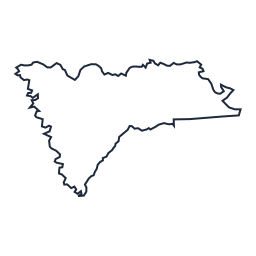 Arvorezinha, Rio Grande do Sul, Brazil (Albers equal-area conic projection)
{"feature_id": "56859067B39750308263867", "entity_name": "Arvorezinha", "entity_type": "district", "adm_level": 2, "iso_a3": "BRA", "parent_name": "Brazil", "parent_adm1": "Rio Grande do Sul", "projection": "albers", "projection_center": [-52.195, -28.889], "detail": "fine", "context": "isolated", "style": "outline", "palette": "slate", "viewbox_px": 256, "rotation_deg": 0, "n_neighbors": 0, "source": "geoboundaries", "source_scale": "gbopen_adm2", "svg_char_len": 2180}
<svg xmlns="http://www.w3.org/2000/svg" viewBox="0 0 256 256"><path d="M238.8,115.4L240.6,109.3L234.8,109.3L229.0,107.4L222.5,100.8L227.0,97.6L230.5,93.1L233.4,90.1L230.3,88.4L226.0,87.3L221.0,84.7L221.1,87.0L223.8,91.2L220.2,93.7L218.1,93.6L215.1,92.3L213.4,89.9L211.3,83.7L208.1,79.1L202.4,78.3L200.6,76.8L199.1,74.8L198.8,72.3L203.5,71.2L202.6,68.8L199.7,67.4L201.2,64.6L197.0,61.2L194.8,62.1L189.8,62.8L186.5,62.5L180.4,64.4L176.6,64.4L173.7,62.9L169.9,65.9L166.8,65.6L163.9,64.1L160.3,62.7L158.1,65.3L154.9,63.4L153.4,60.8L149.7,59.9L150.6,62.7L147.2,63.5L145.6,67.6L142.9,64.8L141.7,66.8L138.6,66.8L135.8,66.5L132.3,66.7L129.7,67.9L126.4,72.7L125.8,75.7L121.2,73.5L118.2,76.0L115.3,74.3L112.4,75.0L108.2,72.9L104.4,74.5L102.0,71.3L101.2,68.3L98.8,66.0L95.9,64.3L91.2,64.2L84.1,66.5L80.4,70.0L78.3,76.3L74.9,79.9L67.4,75.6L64.9,70.0L62.8,69.2L60.4,64.9L56.6,63.1L50.8,67.4L47.4,67.4L42.9,64.2L37.0,61.8L33.2,62.5L31.5,64.7L28.1,65.4L24.1,65.4L21.1,64.7L16.2,67.6L18.1,69.3L19.1,71.3L15.4,73.9L17.7,75.4L20.0,75.1L20.5,77.4L24.0,80.1L27.3,79.5L29.3,80.2L27.9,88.9L32.1,90.4L31.2,92.8L28.2,93.0L27.0,95.5L30.7,96.2L32.8,97.9L37.8,94.3L38.0,98.2L35.2,100.0L31.7,100.2L33.3,103.5L29.8,107.6L34.2,106.6L39.1,111.0L36.7,111.3L35.1,115.4L36.4,117.2L42.7,119.2L41.9,126.4L45.6,127.6L49.0,125.7L51.0,126.6L49.6,131.3L44.0,133.8L51.1,137.1L49.1,140.8L49.8,146.6L51.3,148.3L56.3,150.8L60.0,154.4L59.7,157.0L55.6,159.1L54.7,161.5L56.6,162.7L62.9,164.1L62.3,167.3L59.5,167.6L59.2,170.1L59.0,173.5L61.9,174.5L65.7,178.1L63.7,182.5L64.3,184.6L67.2,184.4L71.2,188.1L74.4,186.6L76.2,189.5L74.6,191.9L77.6,193.8L80.9,191.2L81.5,194.0L78.1,196.1L83.8,195.6L86.3,191.7L86.4,187.4L84.9,184.5L86.8,181.7L88.6,178.7L91.2,176.2L93.7,175.2L94.9,171.8L96.7,168.9L97.7,164.8L100.1,162.0L102.9,160.4L102.8,158.1L106.5,156.6L108.4,153.0L112.0,150.2L113.5,147.9L115.1,146.1L115.6,143.6L118.5,141.3L119.2,136.9L127.6,129.9L129.7,126.0L131.8,126.2L134.7,128.7L138.0,128.2L142.0,130.7L147.0,129.3L148.8,128.1L150.4,129.5L156.6,126.2L158.5,124.7L164.1,123.1L166.7,123.8L169.5,124.3L172.5,123.8L173.9,125.7L173.7,119.4L190.0,119.1L222.4,116.5L238.8,115.4Z" fill="none" stroke="#1e293b" stroke-width="2"/></svg>